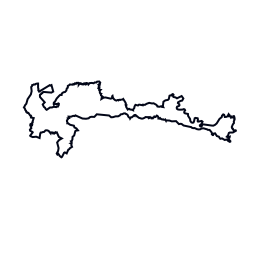 Lolotla, Hidalgo, Mexico, rotated 102°
{"feature_id": "50627088B68203381384952", "entity_name": "Lolotla", "entity_type": "district", "adm_level": 2, "iso_a3": "MEX", "parent_name": "Mexico", "parent_adm1": "Hidalgo", "projection": "albers", "projection_center": [-98.729, 21.009], "detail": "fine", "context": "isolated", "style": "outline", "palette": "ink", "viewbox_px": 256, "rotation_deg": 102, "n_neighbors": 0, "source": "geoboundaries", "source_scale": "gbopen_adm2", "svg_char_len": 5881}
<svg xmlns="http://www.w3.org/2000/svg" viewBox="0 0 256 256"><g transform="rotate(102 128 128)"><path d="M158.1,178.8L156.5,179.9L155.1,179.9L154.9,180.7L154.5,180.1L153.6,180.1L152.8,181.0L152.3,180.3L150.7,180.0L148.2,180.4L146.5,179.1L142.0,178.9L141.5,178.5L140.7,176.5L139.1,178.4L138.6,180.5L137.0,181.4L136.9,185.2L135.9,187.7L136.0,188.3L135.2,188.3L134.4,189.0L133.3,189.3L131.8,188.6L131.0,189.0L130.5,187.6L129.2,188.4L128.8,186.1L127.5,184.1L127.4,182.6L126.6,182.1L128.2,174.5L127.7,171.0L126.7,168.5L125.5,167.7L124.7,166.3L124.1,163.2L121.1,161.4L119.7,149.1L121.0,146.7L120.5,144.9L119.2,142.6L118.7,140.2L117.4,138.6L116.2,138.0L115.6,136.4L114.6,135.1L114.3,133.9L114.7,133.2L114.7,132.3L115.5,130.9L116.7,130.2L117.4,129.3L117.6,128.3L118.3,127.9L117.0,127.4L116.6,126.3L114.8,125.0L114.9,124.6L114.0,124.4L113.7,123.5L113.9,122.9L114.8,122.4L114.6,121.6L115.7,119.7L116.0,116.7L115.7,115.5L114.5,113.8L113.7,113.2L113.1,110.2L113.6,110.4L113.9,110.0L113.3,109.8L113.4,109.5L113.0,109.0L113.5,108.8L113.0,108.0L113.1,107.1L113.7,106.9L113.4,105.7L112.6,105.6L112.5,105.2L111.3,104.7L111.7,103.8L111.5,103.3L109.9,102.5L110.0,101.8L110.8,100.8L112.4,100.2L111.6,98.8L112.3,98.4L112.1,98.0L112.6,96.4L112.2,95.5L112.5,95.1L112.3,93.5L112.0,93.3L113.1,92.3L112.6,92.2L112.1,89.0L112.4,86.6L111.3,82.4L113.6,79.0L113.0,77.6L112.9,76.4L114.0,74.2L114.0,66.3L114.4,65.8L114.6,64.2L114.2,62.9L114.8,60.2L114.7,58.4L114.2,57.0L113.2,56.0L112.6,54.0L112.9,50.2L113.2,49.6L112.9,47.8L114.6,45.6L115.5,44.8L116.7,44.7L117.3,43.7L117.2,43.3L115.6,42.9L115.1,41.7L117.4,39.4L117.6,37.3L119.2,35.8L119.3,35.1L118.6,33.9L119.6,30.9L118.7,29.0L119.8,27.4L120.4,25.6L120.1,25.1L119.6,25.1L117.7,27.5L116.4,26.7L115.3,26.7L116.3,28.5L116.0,29.5L114.5,28.6L111.9,28.3L111.3,27.6L110.6,24.5L108.3,21.9L108.0,22.0L107.9,22.7L108.8,23.8L108.3,23.9L107.5,25.2L106.8,25.3L106.6,26.1L105.5,26.7L102.7,26.2L101.1,25.4L99.5,25.9L98.3,25.6L97.1,26.0L96.9,25.6L95.5,26.1L94.4,26.7L94.4,27.1L94.6,27.5L95.5,27.4L96.1,28.3L96.3,29.0L95.8,29.3L96.1,29.5L95.7,29.7L95.6,30.3L95.2,30.3L95.2,31.0L94.8,31.2L95.2,31.6L94.3,32.1L93.9,32.0L93.6,32.4L94.6,32.5L94.8,32.8L95.5,32.5L96.7,34.2L97.1,35.6L95.1,36.7L94.9,37.7L96.4,38.6L97.9,38.6L100.1,40.4L105.1,42.2L106.9,43.6L108.0,45.1L108.2,46.6L108.8,55.1L109.2,55.9L111.0,56.3L111.4,57.5L111.0,58.1L110.4,58.3L108.7,56.9L106.3,56.4L105.8,57.4L107.2,60.8L106.8,61.3L105.0,61.4L104.0,61.9L104.1,64.1L104.6,64.8L107.6,64.8L109.0,65.1L109.4,65.8L109.4,67.1L108.3,68.4L106.2,69.2L103.7,71.7L101.8,72.3L101.8,75.2L101.3,76.2L100.0,76.3L98.8,75.8L98.1,76.4L97.9,77.3L98.7,78.6L99.4,81.5L99.5,83.0L99.0,84.2L97.8,84.6L96.9,84.4L95.9,82.8L95.2,82.4L94.2,82.7L93.2,84.4L92.5,84.4L90.7,82.4L89.9,80.7L87.6,80.0L85.6,82.2L88.8,86.3L88.2,87.8L88.2,90.0L87.6,90.5L86.0,90.4L85.5,91.2L85.8,91.7L87.2,92.4L87.2,93.2L87.8,94.1L91.2,94.1L92.2,94.8L93.2,97.2L94.9,98.8L99.6,98.4L100.2,97.9L100.3,99.4L99.8,100.1L100.6,101.4L100.9,103.1L100.8,103.7L100.4,103.7L99.4,105.2L98.5,108.1L99.0,109.6L99.0,112.5L100.5,114.9L101.8,116.2L102.1,118.2L102.7,118.2L102.8,121.7L103.0,122.3L103.9,122.9L103.8,125.5L105.6,126.1L107.1,126.0L109.0,126.9L109.6,126.7L109.3,128.2L109.5,129.8L109.0,130.6L109.1,131.3L110.0,132.1L107.7,134.2L106.2,134.3L106.4,134.8L105.8,135.2L104.5,135.2L103.6,135.8L100.6,138.7L101.3,139.2L101.3,140.0L100.9,140.3L101.4,140.2L102.1,141.2L102.2,142.4L102.8,142.9L102.6,143.1L102.8,144.0L103.6,145.1L103.4,146.4L102.7,147.7L101.4,149.1L99.8,149.8L100.2,150.1L102.2,149.8L102.9,151.1L102.8,156.3L103.4,158.2L105.1,160.0L103.4,160.0L102.6,159.4L101.7,161.2L100.6,161.7L100.1,161.4L99.8,162.5L98.7,163.1L97.4,163.3L96.5,162.8L96.7,164.1L94.9,164.3L95.5,164.9L95.3,165.3L94.0,165.0L93.1,165.4L91.9,164.7L91.5,165.7L90.5,164.7L89.4,164.6L88.5,165.8L89.1,167.9L90.1,168.5L90.4,170.1L91.4,170.9L91.4,172.7L92.1,174.9L93.7,175.8L92.7,176.6L92.6,177.9L92.9,178.5L94.0,178.1L94.3,178.4L94.1,179.3L93.4,179.9L93.6,180.4L94.6,180.6L94.8,181.0L94.3,181.5L94.8,182.4L94.5,182.9L94.8,183.7L94.1,183.8L94.3,184.5L95.9,185.2L94.2,185.5L94.1,186.3L94.7,186.9L94.6,187.7L95.6,188.1L95.3,189.1L96.4,189.5L96.3,190.7L97.1,190.9L97.5,193.9L97.9,194.0L99.3,195.6L101.1,195.3L102.1,196.1L104.2,196.1L105.9,197.1L106.5,198.6L108.0,199.9L109.5,199.8L109.7,201.2L110.6,201.9L114.0,203.9L117.7,205.0L118.5,205.8L120.0,205.7L120.6,205.3L119.8,204.5L119.2,202.2L118.4,201.3L118.6,200.7L119.9,200.5L121.7,201.1L121.7,202.2L122.5,202.6L122.7,205.1L123.7,206.6L124.1,208.5L127.1,211.3L126.7,212.3L125.4,213.4L124.8,214.7L122.7,216.3L120.2,214.8L116.0,220.5L114.3,221.0L113.7,221.0L112.9,220.0L112.1,220.0L111.7,219.0L110.9,218.9L110.3,218.3L109.3,210.3L107.9,208.7L101.9,211.8L102.7,212.9L102.4,213.5L110.9,222.5L109.6,223.7L108.6,223.6L107.4,224.3L103.2,225.2L103.4,226.1L104.1,227.5L104.9,228.1L104.9,229.1L105.8,230.1L105.9,230.6L106.9,230.6L108.1,231.2L112.0,229.9L115.3,230.0L120.7,232.2L125.4,232.5L127.3,233.5L128.8,233.7L129.4,234.1L130.9,232.6L131.9,232.1L132.4,231.3L133.3,231.0L133.3,230.4L134.2,229.6L133.9,228.6L136.2,226.2L136.1,225.5L136.6,225.1L137.9,225.1L137.9,222.3L141.7,222.7L142.0,222.4L144.0,223.4L144.6,222.9L144.5,222.4L145.2,222.4L145.3,223.2L144.8,224.2L145.5,224.3L146.1,224.0L146.4,223.1L147.4,222.8L148.1,223.0L148.5,222.6L150.0,223.6L151.0,223.2L151.8,220.5L152.1,220.3L155.8,222.1L156.2,221.8L156.7,219.4L155.6,216.0L156.2,212.4L151.5,212.7L150.6,212.4L150.4,211.4L149.8,210.8L149.3,209.3L147.5,208.2L147.1,206.8L147.3,205.1L149.4,202.5L148.3,202.4L148.1,201.4L148.7,200.5L148.1,200.3L148.1,199.8L148.8,199.0L148.4,198.6L147.9,198.8L147.2,198.0L147.6,197.5L147.1,196.7L151.1,193.8L152.0,190.6L154.2,193.0L156.9,194.3L162.1,191.7L165.0,191.6L167.8,192.4L168.7,191.5L167.8,190.7L169.5,189.0L170.5,187.1L169.9,186.5L165.6,185.4L165.0,184.7L165.6,182.7L161.6,181.9L161.0,181.1L159.9,180.7L158.1,178.8Z" fill="none" stroke="#020617" stroke-width="2"/></g></svg>